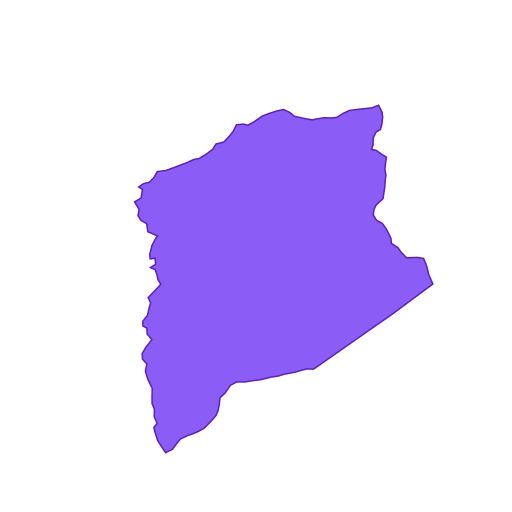 Santa Fé, Paraná, Brazil, rotated 235°
{"feature_id": "56859067B25565622944484", "entity_name": "Santa Fé", "entity_type": "district", "adm_level": 2, "iso_a3": "BRA", "parent_name": "Brazil", "parent_adm1": "Paraná", "projection": "mercator", "projection_center": [-51.832, -23.059], "detail": "fine", "context": "isolated", "style": "filled", "palette": "violet", "viewbox_px": 512, "rotation_deg": 235, "n_neighbors": 0, "source": "geoboundaries", "source_scale": "gbopen_adm2", "svg_char_len": 1954}
<svg xmlns="http://www.w3.org/2000/svg" viewBox="0 0 512 512"><g transform="rotate(235 256 256)"><path d="M204.3,378.3L210.5,378.1L216.2,375.2L222.5,375.7L226.6,379.6L228.9,383.8L230.1,392.9L238.8,401.2L243.3,404.7L247.5,408.7L253.4,411.4L262.2,419.5L267.7,417.1L273.7,415.0L277.0,411.7L279.7,415.5L285.5,419.8L288.6,425.4L288.3,430.6L292.4,435.3L297.2,439.5L301.6,441.8L309.2,442.9L310.8,436.1L318.2,422.6L321.6,416.0L322.8,409.5L323.3,401.4L326.1,396.5L330.2,391.1L333.3,384.8L335.2,380.1L342.1,373.4L348.4,367.6L354.3,366.0L360.3,362.5L363.2,355.2L365.3,348.2L367.0,341.6L367.1,330.9L367.8,324.4L371.3,321.3L374.7,315.3L371.3,309.0L369.7,303.9L367.8,295.0L370.7,287.5L368.2,281.8L368.0,274.0L368.5,265.3L370.8,260.2L372.1,252.9L373.8,246.4L375.7,238.8L377.7,231.3L381.8,223.5L378.8,217.3L377.6,211.0L379.8,205.3L379.8,199.4L375.7,201.2L369.4,195.1L370.0,187.6L361.1,186.9L356.8,182.5L351.1,182.1L345.3,185.0L337.9,181.3L329.0,186.9L327.3,182.5L324.2,176.7L318.4,170.0L314.4,167.6L312.0,172.0L306.8,169.0L307.1,162.9L302.7,165.5L297.6,164.2L292.4,161.9L287.6,161.9L286.4,157.2L283.8,143.8L278.1,142.8L274.4,138.2L269.8,133.3L267.5,126.0L263.7,123.2L259.4,125.2L254.6,122.1L247.2,122.7L244.6,113.8L241.4,106.8L236.6,103.8L230.2,104.7L225.1,99.3L217.1,96.7L207.0,95.0L200.5,90.2L194.7,86.2L188.8,84.9L182.8,80.5L175.6,79.0L174.2,74.0L170.1,72.4L161.3,69.6L155.5,69.3L146.8,69.1L145.6,76.6L147.9,83.6L149.5,89.4L148.1,97.0L146.7,101.6L145.3,108.4L144.7,114.9L146.2,123.4L148.3,131.7L150.9,136.0L154.6,140.0L160.6,145.3L161.5,152.3L164.8,160.9L163.9,167.9L158.9,175.2L156.2,180.9L152.0,188.9L147.9,199.4L144.8,205.6L143.0,211.3L140.6,216.5L138.3,221.7L136.1,228.3L134.2,233.1L130.3,238.3L130.3,255.5L130.3,270.3L130.3,305.2L130.3,312.5L130.2,331.7L131.6,384.8L141.2,386.7L150.0,390.1L157.9,391.9L162.4,387.2L168.2,378.3L176.3,377.0L181.3,377.1L188.8,374.1L192.8,376.6L197.9,377.5L204.3,378.3Z" fill="#8b5cf6" stroke="#5b21b6" stroke-width="1.5"/></g></svg>